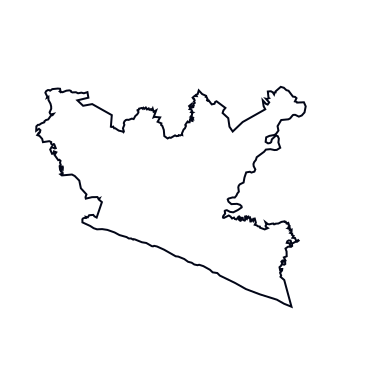 iLembe, KwaZulu-Natal, South Africa, rotated 74°
{"feature_id": "47623444B69150070479938", "entity_name": "iLembe", "entity_type": "district", "adm_level": 2, "iso_a3": "ZAF", "parent_name": "South Africa", "parent_adm1": "KwaZulu-Natal", "projection": "natural_earth1", "projection_center": [31.231, -29.241], "detail": "fine", "context": "isolated", "style": "outline", "palette": "ink", "viewbox_px": 384, "rotation_deg": 74, "n_neighbors": 0, "source": "geoboundaries", "source_scale": "gbopen_adm2", "svg_char_len": 6044}
<svg xmlns="http://www.w3.org/2000/svg" viewBox="0 0 384 384"><g transform="rotate(74 192 192)"><path d="M191.0,305.7L196.6,299.2L199.7,296.5L201.7,293.6L202.9,288.6L205.1,283.8L209.5,277.6L213.4,273.6L217.3,267.3L219.2,265.6L219.9,263.3L221.5,261.7L221.2,261.2L221.9,259.9L226.5,254.0L228.4,250.0L233.0,245.5L233.5,244.4L233.3,243.3L234.7,240.7L239.7,234.8L249.3,225.4L250.3,223.0L254.3,217.9L258.0,215.0L259.9,211.8L262.3,209.8L263.9,206.8L263.9,205.2L266.4,201.5L271.7,196.2L274.9,194.3L276.9,190.0L280.0,188.3L291.2,175.8L300.2,166.9L309.2,154.8L318.9,140.1L324.8,134.3L329.7,128.0L302.0,127.6L297.9,130.3L296.8,129.3L294.0,129.6L292.3,127.1L290.9,126.5L290.7,127.2L292.0,128.4L291.8,128.9L288.4,128.6L287.5,126.8L286.3,125.7L287.3,123.2L286.9,122.2L285.0,121.8L284.1,122.3L283.9,123.5L285.4,124.9L283.6,125.3L282.8,124.0L283.4,121.1L280.2,121.7L279.9,118.7L275.3,117.5L272.1,117.7L271.0,114.6L272.0,111.9L271.5,110.6L270.8,110.5L270.8,112.3L268.1,112.5L267.0,114.9L265.7,114.0L265.2,112.4L265.9,110.6L268.7,110.5L269.1,109.6L268.4,106.3L268.8,104.8L268.1,102.9L267.5,103.2L268.0,104.6L267.7,105.3L264.6,105.7L263.7,108.0L262.2,106.4L260.7,107.8L259.5,107.2L258.4,108.9L257.3,107.2L255.6,106.6L255.7,108.5L254.7,108.1L253.4,109.8L253.2,108.2L252.3,108.8L251.6,107.5L249.9,108.3L249.6,107.9L248.2,108.0L248.3,109.8L246.5,110.1L246.3,111.2L245.7,111.2L245.4,114.3L246.1,117.6L245.5,120.4L245.8,121.4L245.5,122.3L244.8,122.4L244.5,123.9L244.4,126.6L243.7,128.0L241.3,129.7L243.8,129.5L244.8,130.6L245.7,130.7L247.6,129.1L248.0,132.4L245.1,136.4L244.0,136.3L243.2,138.0L241.8,139.1L240.8,140.7L239.2,139.1L234.8,139.0L234.7,139.8L236.7,141.2L234.9,141.8L236.6,143.5L236.4,144.0L232.5,143.3L232.6,144.3L231.2,144.5L231.4,145.4L233.0,146.6L232.3,147.0L230.3,146.6L230.2,147.7L233.4,148.5L234.0,149.2L233.0,150.6L230.8,150.4L230.5,151.2L231.3,152.3L232.9,152.8L233.0,153.5L231.5,154.5L229.4,152.9L228.5,153.3L228.5,154.0L230.6,156.8L229.8,158.2L228.2,158.7L228.5,160.8L226.3,161.7L224.7,163.1L225.7,168.3L225.4,169.1L224.7,169.2L223.6,168.5L221.9,166.1L219.3,165.8L219.0,165.2L219.1,163.5L221.6,160.9L222.9,157.9L222.0,153.0L220.5,148.5L219.4,148.3L217.5,149.4L215.8,152.0L214.5,157.5L211.3,159.6L208.9,159.7L208.4,158.7L208.4,154.5L209.1,152.4L207.7,150.3L205.9,148.8L204.6,146.9L200.2,146.2L198.8,145.3L197.8,143.9L197.1,139.8L192.6,137.6L188.1,134.5L188.5,130.8L189.7,129.5L189.6,126.4L187.7,124.9L184.2,125.6L182.0,125.2L180.4,124.0L178.8,121.8L176.4,120.2L173.2,111.6L171.6,109.3L172.4,104.9L174.4,101.2L174.9,98.9L173.8,95.0L168.2,95.3L164.6,93.8L162.0,94.2L161.0,95.4L161.3,96.6L163.4,100.7L165.9,102.2L166.4,103.6L166.2,105.5L164.1,107.4L159.9,105.6L159.4,102.1L159.9,96.9L159.1,94.9L156.8,92.0L152.3,91.6L147.4,86.4L148.7,79.3L148.3,77.4L145.9,73.9L145.9,72.8L146.3,71.5L149.0,68.5L148.7,65.4L146.5,61.9L141.0,59.1L136.6,59.7L135.0,66.4L134.2,66.6L133.3,68.1L130.6,65.7L129.0,66.7L128.1,68.7L121.3,71.3L120.1,73.2L117.1,75.0L115.4,77.7L118.2,83.7L119.3,84.2L119.1,85.2L120.8,86.2L118.4,86.9L116.9,88.4L116.3,91.4L122.5,92.5L123.0,92.1L123.3,94.3L122.8,95.2L127.1,93.1L128.8,95.2L127.7,96.6L123.4,98.7L129.3,99.5L132.7,98.8L138.7,124.0L145.1,136.2L139.6,138.0L131.0,136.8L124.5,140.8L122.2,139.3L120.4,136.7L111.6,143.4L111.8,144.8L113.4,146.1L113.2,148.9L108.6,150.7L108.9,151.5L108.0,152.3L106.7,151.5L104.5,151.9L104.3,152.5L103.4,152.0L100.7,155.2L96.2,157.5L99.4,159.5L99.7,161.4L101.1,161.1L100.4,163.1L101.5,165.4L102.9,164.9L103.2,164.3L104.7,164.2L105.6,165.2L107.1,164.8L107.9,166.6L109.4,166.5L109.4,167.4L110.8,167.5L110.8,168.4L109.2,169.9L107.6,168.8L108.6,171.1L110.9,170.4L111.7,171.4L112.4,170.0L114.2,169.6L115.0,170.8L115.9,169.2L116.2,170.2L118.0,170.8L119.3,172.6L119.9,171.3L121.1,170.4L122.0,171.4L122.5,171.2L122.4,171.6L123.8,172.0L123.5,172.5L121.9,171.9L120.9,172.5L121.5,173.8L124.3,175.1L124.0,176.3L123.1,176.8L123.8,177.8L125.7,180.0L126.8,179.6L128.9,181.3L129.6,182.8L132.9,185.5L134.5,185.7L134.1,186.2L134.4,187.8L133.7,189.1L134.3,189.6L134.0,191.6L132.9,192.7L134.1,197.4L133.4,198.7L133.8,200.7L130.6,203.2L124.6,202.0L120.3,202.3L119.0,203.2L117.6,202.5L115.0,205.7L111.5,202.1L109.5,207.2L109.6,208.3L103.6,203.9L104.3,206.8L101.1,206.8L102.2,207.7L102.1,208.6L101.0,208.7L101.2,210.3L99.7,210.6L100.2,212.5L98.1,213.1L98.9,214.6L97.7,215.4L98.5,216.3L97.4,217.0L97.3,219.9L98.0,220.3L98.5,222.6L98.9,221.2L100.8,221.6L102.3,223.3L103.3,225.5L105.8,228.0L104.9,229.6L105.2,233.1L104.6,234.6L104.6,235.8L105.5,237.5L107.0,238.6L108.8,238.5L111.7,240.8L115.0,240.8L115.6,241.4L114.8,241.9L112.8,245.5L109.5,248.3L109.3,249.3L107.4,249.7L107.5,251.0L106.9,252.0L96.0,247.9L80.0,263.7L79.1,272.9L72.3,276.9L72.8,265.6L67.2,265.0L67.3,268.7L66.0,271.0L65.7,274.3L64.1,276.1L63.3,279.5L62.5,280.5L61.4,280.6L60.5,281.9L60.0,284.8L60.4,288.9L59.8,289.9L60.0,290.6L58.9,291.4L58.6,290.6L56.4,290.4L55.6,292.4L54.6,297.9L55.5,300.5L54.6,301.3L54.3,302.7L55.0,304.6L56.2,305.6L60.5,304.8L61.3,305.4L60.9,303.8L64.0,304.6L68.1,303.7L70.9,303.8L73.2,304.4L76.1,306.9L77.6,306.8L78.6,305.9L78.7,303.5L79.7,304.9L79.7,306.6L82.6,310.2L82.6,312.6L83.4,314.4L84.3,314.8L84.5,317.8L85.3,320.2L85.0,321.6L86.0,323.5L90.2,324.9L89.1,321.7L90.8,320.7L92.2,321.5L93.1,323.3L93.9,324.2L93.9,323.4L94.9,324.7L96.1,323.1L99.6,321.4L103.0,321.5L103.8,315.2L105.2,313.6L106.7,314.1L108.5,313.2L107.8,311.8L108.1,311.3L112.3,310.9L112.3,311.9L110.1,314.6L112.1,316.6L116.7,316.0L116.8,314.6L114.9,313.5L116.4,311.5L118.5,313.9L124.5,311.8L124.5,310.6L125.8,309.8L127.5,310.8L129.7,310.7L130.6,312.1L133.7,312.6L133.6,311.9L132.1,311.0L131.7,309.8L131.9,309.3L133.0,309.4L135.1,310.2L134.6,311.5L134.9,312.4L136.3,312.3L137.4,311.0L138.5,311.2L138.7,313.6L140.2,312.5L142.1,302.6L144.3,300.3L150.0,297.2L157.8,297.8L165.2,294.1L167.6,295.8L169.1,295.9L169.4,289.6L170.8,284.3L172.9,283.7L172.7,282.7L173.6,283.6L176.9,281.4L190.3,290.7L188.5,292.5L186.8,293.2L186.0,297.3L187.6,299.1L186.7,300.7L187.6,300.5L187.8,301.0L187.2,302.5L187.4,304.1L188.0,304.9L191.0,305.7Z" fill="none" stroke="#020617" stroke-width="2"/></g></svg>